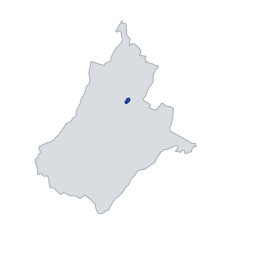 Tshilenge, Kasaï-Oriental, Democratic Republic of the Congo (highlighted), rotated 209°
{"feature_id": "63176286B2433914913285", "entity_name": "Tshilenge", "entity_type": "district", "adm_level": 2, "iso_a3": "COD", "parent_name": "Democratic Republic of the Congo", "parent_adm1": "Kasaï-Oriental", "projection": "equal_earth", "projection_center": [23.644, -6.465], "detail": "fine", "context": "in_parent", "style": "filled", "palette": "blue", "viewbox_px": 256, "rotation_deg": 209, "n_neighbors": 0, "source": "geoboundaries", "source_scale": "gbopen_adm2", "svg_char_len": 4693}
<svg xmlns="http://www.w3.org/2000/svg" viewBox="0 0 256 256"><g transform="rotate(209 128 128)"><path d="M192.6,168.2L179.3,171.0L179.5,172.0L179.4,173.1L179.1,173.9L177.7,176.1L175.7,178.1L175.7,178.6L176.7,180.9L177.3,184.0L177.1,189.4L177.4,190.9L177.3,192.1L176.6,193.3L175.2,199.9L176.1,203.0L178.7,206.0L180.2,208.2L182.8,209.0L183.2,208.9L183.4,207.0L185.5,206.3L185.4,218.0L185.2,218.6L184.8,218.8L184.3,218.4L184.2,217.3L183.7,216.8L181.1,218.2L180.5,218.2L179.8,218.0L179.3,217.4L179.2,216.5L177.4,213.1L176.5,212.9L175.6,209.8L171.6,207.6L170.1,207.4L169.3,206.7L168.6,204.3L167.2,202.8L167.0,201.0L166.7,200.8L165.9,201.2L165.2,203.9L164.3,204.5L162.7,204.6L158.6,203.8L155.7,202.4L154.9,202.5L153.8,201.2L153.3,199.1L153.6,197.5L153.4,197.3L148.9,198.6L147.8,199.4L146.8,199.2L146.5,198.8L147.0,197.7L146.8,196.5L146.4,195.9L145.1,195.5L144.7,194.2L143.9,194.0L143.6,194.2L143.4,195.1L143.0,195.4L140.3,194.9L137.5,196.1L133.9,195.8L132.1,197.1L131.9,197.1L131.5,196.4L131.1,194.2L131.3,193.6L131.9,193.2L132.0,192.3L131.9,190.0L132.0,189.4L131.8,188.1L131.3,186.0L130.5,184.3L128.8,181.7L128.5,180.5L128.6,177.6L129.1,173.0L129.1,169.6L128.4,167.4L128.2,165.0L128.7,160.7L128.2,159.7L119.8,159.3L119.5,159.0L119.3,158.4L119.7,155.9L114.5,156.5L113.0,157.0L112.0,158.0L111.7,159.4L111.7,161.2L110.9,163.0L110.7,166.0L109.3,166.3L107.9,166.3L105.1,165.7L102.5,166.5L101.2,167.4L100.5,167.0L98.1,167.3L97.8,167.0L95.0,161.1L93.8,159.1L93.6,158.2L93.6,157.2L93.3,156.0L92.0,153.0L91.8,151.5L91.8,149.3L91.7,148.6L90.5,146.6L89.8,146.0L88.9,145.7L75.1,145.9L70.6,145.6L67.3,145.8L65.6,145.7L65.1,145.4L63.6,145.8L62.8,146.6L61.6,147.0L60.9,146.8L59.4,144.6L61.4,144.2L61.5,144.0L61.6,138.7L61.1,138.0L62.1,137.1L63.8,134.7L65.4,133.9L65.6,133.4L66.0,133.5L66.6,134.4L68.0,135.7L69.8,134.6L69.9,134.3L70.2,132.0L70.6,131.8L71.4,132.3L71.8,132.3L72.5,131.6L74.8,130.5L75.4,131.9L74.8,133.3L75.1,134.2L75.2,135.6L75.5,136.0L77.3,136.1L77.8,135.8L81.3,130.6L82.2,130.0L83.7,127.9L85.7,127.0L86.5,125.3L87.6,122.4L88.1,118.2L87.9,110.9L88.1,109.9L90.4,106.6L92.9,100.7L94.5,99.1L95.7,98.5L97.6,96.3L99.1,94.1L98.9,91.5L99.3,89.3L100.1,86.5L100.4,83.6L100.1,80.4L100.2,77.9L101.4,73.9L101.5,69.2L102.5,65.3L104.5,60.4L105.4,56.7L105.3,53.1L105.5,50.4L105.4,48.8L105.1,47.4L105.3,46.6L106.0,46.2L107.0,44.9L108.7,41.3L110.5,39.6L111.8,39.0L113.1,39.1L114.0,39.4L115.4,40.8L117.0,41.9L118.2,43.3L119.4,45.5L122.3,45.9L123.5,46.7L124.2,47.0L124.5,46.8L125.1,46.9L126.4,47.6L127.5,47.2L132.8,48.6L133.4,47.9L134.9,44.2L136.0,42.9L137.8,42.8L139.2,43.5L140.0,43.5L146.5,40.3L147.3,40.2L149.7,40.9L151.2,40.4L151.8,40.6L153.2,40.0L154.2,37.8L155.1,37.2L164.5,39.6L165.9,38.5L166.6,38.3L168.6,39.2L169.3,40.6L170.5,41.7L171.4,43.7L172.8,44.8L173.5,45.8L174.3,46.5L176.0,46.8L178.2,45.0L179.7,45.2L181.2,46.2L181.8,46.1L182.9,45.1L183.5,44.0L184.1,43.8L185.0,44.3L185.8,45.3L186.4,46.8L188.8,50.1L191.0,51.5L191.6,53.6L192.4,53.4L192.8,53.6L193.4,54.9L193.8,55.1L193.9,55.7L193.3,56.9L192.8,59.2L193.5,60.7L192.9,62.8L192.6,64.9L193.4,65.5L194.3,65.4L195.2,66.6L195.9,66.7L196.6,67.9L196.4,68.9L194.2,72.4L190.9,76.7L189.7,77.3L189.1,78.1L188.7,79.3L187.8,80.4L187.0,80.8L186.9,83.9L185.8,87.2L185.4,87.8L184.8,93.1L184.9,94.0L184.3,98.3L184.4,102.2L182.7,103.5L181.6,105.5L181.1,106.8L181.1,110.1L179.3,112.1L179.2,112.5L179.6,114.8L180.3,115.2L180.3,115.9L181.8,118.4L181.7,126.0L181.8,126.7L182.5,128.5L183.1,131.9L182.5,136.3L184.5,144.3L183.6,147.2L184.0,150.0L185.2,152.9L188.0,155.8L188.8,157.0L189.5,158.6L190.1,161.1L192.6,168.2Z" fill="#d9dde1" stroke="#a8b0b8" stroke-width="1"/><path d="M140.1,153.2L140.3,153.3L140.4,153.5L140.5,153.7L140.5,153.8L140.8,154.1L141.0,154.2L141.1,154.3L141.3,154.4L141.5,154.3L141.5,154.2L141.8,154.2L142.0,154.0L142.3,154.0L142.2,154.0L142.2,153.9L142.3,153.7L142.5,153.5L142.6,153.4L142.4,153.3L142.5,153.2L142.4,153.2L142.3,152.9L142.3,152.7L142.5,152.6L142.5,152.4L142.5,152.2L142.5,151.9L142.6,151.7L142.7,151.4L142.8,151.2L142.7,151.1L142.7,150.8L142.8,150.9L143.0,150.5L143.0,150.3L143.0,150.2L142.9,150.1L142.7,149.9L142.8,149.7L143.0,149.5L143.0,149.4L142.9,149.3L142.7,149.3L142.7,149.1L142.4,149.1L142.1,148.9L141.9,148.6L141.7,148.6L141.5,148.8L141.4,148.8L141.4,149.0L141.2,149.2L141.2,149.3L141.2,149.5L141.1,149.8L141.1,150.0L141.0,150.3L141.0,150.5L140.9,150.6L140.9,150.8L140.8,151.0L140.8,150.9L140.7,150.9L140.7,151.0L140.7,151.3L140.7,151.2L140.6,151.3L140.5,151.2L140.4,151.0L140.3,151.3L140.2,151.4L140.2,151.5L140.2,151.8L140.2,152.0L140.1,152.3L140.1,152.5L140.0,152.8L140.1,153.0L140.1,153.2ZM141.6,151.5L141.8,151.5L141.8,151.8L141.7,151.8L141.6,151.7L141.6,151.5Z" fill="#3b82f6" stroke="#1e3a8a" stroke-width="1.5"/></g></svg>